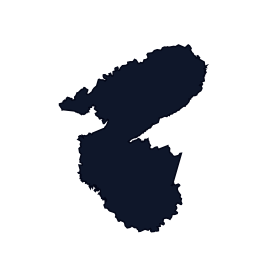 the district of Zapotillo, Loja, Ecuador, rotated 196°
{"feature_id": "8360857B34607676191169", "entity_name": "Zapotillo", "entity_type": "district", "adm_level": 2, "iso_a3": "ECU", "parent_name": "Ecuador", "parent_adm1": "Loja", "projection": "mercator", "projection_center": [-80.325, -4.234], "detail": "fine", "context": "isolated", "style": "filled", "palette": "ink", "viewbox_px": 256, "rotation_deg": 196, "n_neighbors": 0, "source": "geoboundaries", "source_scale": "gbopen_adm2", "svg_char_len": 5835}
<svg xmlns="http://www.w3.org/2000/svg" viewBox="0 0 256 256"><g transform="rotate(196 128 128)"><path d="M173.0,103.2L170.3,102.7L169.1,101.5L169.4,99.4L168.0,97.1L169.4,94.8L167.7,91.2L165.6,90.0L165.5,84.3L164.8,83.5L164.7,82.0L162.6,81.6L161.8,80.3L161.8,79.7L162.4,79.4L164.9,78.9L162.4,74.8L162.1,72.1L163.5,71.4L163.1,71.0L161.5,71.0L160.4,70.1L160.2,69.3L160.7,69.2L160.8,68.7L160.0,68.1L160.0,66.3L158.7,66.4L158.5,64.7L156.7,63.9L156.5,64.5L153.8,65.0L153.5,63.4L152.7,64.0L151.9,63.2L151.0,63.0L149.7,63.6L149.2,61.3L147.5,59.7L147.8,61.8L147.1,62.0L145.6,60.7L145.8,62.8L145.3,64.0L144.8,64.0L144.4,62.9L143.3,62.1L143.2,64.0L142.8,63.9L142.3,63.3L142.5,62.7L141.5,61.2L140.9,61.1L140.3,61.9L139.8,61.5L140.6,60.3L142.7,60.1L143.1,58.7L141.9,58.1L141.8,59.1L139.6,59.4L139.3,59.9L139.7,60.7L138.2,61.3L137.4,60.6L136.5,57.5L137.8,57.6L138.1,56.5L137.4,56.7L135.7,55.9L135.8,55.3L134.6,54.7L133.9,53.1L132.8,53.2L132.3,52.2L131.7,52.5L132.4,53.5L131.6,53.8L130.9,54.7L129.8,53.7L130.7,52.9L129.7,51.7L129.5,52.8L128.8,52.7L128.7,51.5L129.6,50.9L129.0,48.9L129.8,47.4L128.0,44.9L126.4,45.3L124.3,44.5L123.7,43.7L122.7,43.3L117.2,43.0L115.5,41.1L115.4,39.1L113.7,38.4L111.6,35.9L110.6,36.1L110.1,37.2L106.3,36.8L105.1,36.0L103.7,33.3L101.2,31.8L98.9,33.0L98.1,33.7L97.8,34.7L96.8,34.9L94.5,34.1L92.2,34.6L91.0,33.3L90.4,33.3L89.4,32.5L89.0,31.6L87.6,32.2L83.8,35.5L80.5,35.4L78.9,37.5L78.1,37.0L77.8,35.3L76.9,34.8L74.3,35.8L73.2,36.8L71.9,36.9L70.5,37.7L71.1,39.8L72.7,41.0L70.0,42.4L71.0,44.7L70.4,45.1L67.4,44.8L66.9,45.4L67.0,46.5L68.1,46.9L68.6,47.6L69.0,50.6L66.6,52.0L64.1,52.2L62.5,51.8L61.6,54.6L61.8,56.2L61.4,57.2L59.1,58.0L57.2,59.4L57.3,60.4L59.9,61.2L59.1,64.5L59.9,65.7L61.0,66.4L61.1,67.1L59.7,69.8L56.2,69.1L55.7,69.3L55.5,70.1L57.1,72.3L57.2,74.8L58.6,75.3L59.2,76.6L59.1,78.0L62.1,80.3L63.6,82.2L64.2,84.5L62.5,86.9L62.9,87.5L64.2,87.9L66.8,85.9L67.7,86.5L68.7,86.4L69.7,84.7L70.4,84.9L69.4,86.3L69.6,87.0L69.1,87.7L69.7,88.0L69.7,118.4L71.0,117.8L71.7,115.6L74.8,113.7L76.3,113.3L78.1,114.3L78.4,114.9L79.1,114.9L79.9,115.7L81.1,115.9L82.1,118.1L82.2,119.5L82.9,120.4L84.3,120.9L84.8,122.0L92.9,115.8L94.8,117.8L96.5,116.8L99.0,114.1L99.8,114.3L100.6,113.8L101.8,115.1L102.0,116.5L101.6,117.3L103.5,118.9L104.5,121.0L105.3,121.2L105.4,122.1L106.0,122.1L106.0,123.0L107.2,121.9L108.4,121.8L108.8,120.5L108.4,119.7L109.6,119.1L110.2,119.3L110.6,118.4L111.5,118.5L112.7,120.0L113.5,119.8L113.9,120.5L115.1,120.6L116.7,118.4L117.7,118.2L118.8,117.0L119.6,116.9L119.8,116.0L121.5,114.1L123.9,115.1L121.8,118.4L118.6,121.2L118.4,120.8L117.3,121.6L117.2,122.3L116.7,122.2L116.0,123.7L115.2,123.8L113.5,126.5L112.6,127.6L112.1,127.6L112.2,128.6L111.1,129.3L111.0,130.1L110.4,130.0L110.2,131.3L109.3,131.7L108.8,132.8L107.7,133.8L106.9,134.1L106.8,134.9L106.5,134.7L106.2,135.2L106.2,136.6L105.8,136.9L106.3,137.3L105.2,138.3L105.4,138.7L104.3,138.7L100.6,141.7L100.6,146.4L98.8,147.2L96.0,149.6L93.8,149.8L93.0,151.5L91.7,151.4L91.7,152.7L89.3,153.9L88.6,155.4L86.5,156.6L85.8,158.1L83.7,159.6L83.5,160.6L80.7,164.3L79.1,164.8L79.3,165.7L78.2,166.8L76.9,169.8L76.7,171.1L77.2,172.8L75.9,173.1L75.9,174.5L74.9,175.7L74.9,176.7L72.0,178.0L71.0,179.0L71.1,180.2L69.4,182.9L68.5,183.6L68.1,184.7L67.9,186.8L69.7,188.4L70.9,188.8L70.6,189.5L70.1,189.8L69.8,188.7L69.1,188.8L68.5,190.7L70.2,192.5L67.7,194.3L69.7,198.7L68.9,199.1L69.3,200.6L68.7,201.4L69.4,202.5L68.4,202.9L68.8,203.5L69.8,203.7L69.4,205.6L71.1,206.0L70.2,207.3L69.4,207.6L70.2,208.2L69.6,209.6L70.5,208.9L71.5,208.8L73.0,212.4L78.8,213.8L79.0,214.1L78.6,215.2L80.8,216.7L81.2,216.4L80.8,215.7L80.9,214.2L81.8,214.0L82.9,215.6L83.9,215.6L85.6,216.6L86.0,217.5L87.6,218.1L88.3,219.1L89.6,220.0L89.3,222.0L91.5,223.9L93.0,224.4L95.2,220.8L102.4,221.7L104.7,219.2L106.6,219.0L111.0,216.8L112.3,216.9L113.3,216.2L115.3,215.8L116.9,214.5L117.2,212.7L117.8,211.7L121.5,211.3L124.0,209.6L125.2,207.0L129.4,205.2L129.9,203.7L129.0,202.9L128.0,201.1L129.0,199.0L131.3,197.9L131.4,195.4L132.1,194.4L134.0,194.4L134.7,193.1L135.9,192.8L139.0,195.5L140.6,195.7L141.1,193.8L142.0,192.8L144.2,192.2L146.3,191.1L145.6,189.3L147.0,187.7L150.5,186.3L151.8,183.5L152.1,181.0L152.9,180.7L153.9,181.3L154.0,182.7L154.8,183.6L156.7,182.2L156.9,181.5L156.4,180.5L155.3,179.8L157.8,178.0L157.0,175.5L157.0,173.8L157.4,173.4L158.3,173.7L159.9,175.7L161.1,174.8L160.1,173.9L160.4,173.0L162.7,172.1L164.8,172.9L166.3,172.3L166.1,171.1L165.2,169.8L164.2,169.2L162.6,169.2L162.0,168.6L163.0,166.8L165.2,167.3L167.6,166.6L169.0,166.9L169.7,166.4L169.7,159.7L171.5,157.0L172.4,154.5L172.3,153.2L174.6,150.0L175.7,149.1L177.1,149.4L177.5,150.0L177.1,152.7L177.3,153.6L179.4,154.0L180.6,154.8L181.4,154.7L182.0,152.7L183.3,152.2L185.6,148.1L186.6,147.8L186.9,144.7L187.8,143.1L186.8,140.7L189.3,139.2L189.8,139.4L190.0,140.6L191.1,140.7L191.6,139.9L192.4,140.1L192.7,140.7L194.6,140.7L195.3,139.5L194.8,138.8L195.3,138.2L195.4,137.4L195.7,137.0L196.5,137.2L196.6,136.5L197.0,136.6L197.6,135.8L197.5,134.1L200.5,132.3L200.1,131.0L196.8,128.3L196.3,127.2L195.3,127.8L184.1,129.7L182.3,129.1L182.0,129.4L180.3,129.0L179.1,129.3L177.5,128.4L176.8,128.7L176.3,128.2L175.5,129.0L174.2,128.9L173.1,130.0L172.9,131.3L171.8,131.4L171.4,132.3L170.3,132.8L171.3,133.8L170.2,135.6L171.2,136.9L168.9,137.9L168.8,139.6L167.8,140.7L167.2,140.0L165.4,140.0L164.9,139.5L165.6,137.8L165.4,137.1L161.5,135.6L162.3,133.7L163.3,133.0L162.3,131.5L159.2,130.6L157.9,129.0L157.4,129.1L156.5,130.2L153.7,129.7L153.5,129.0L154.8,128.3L152.9,125.6L152.2,125.8L150.1,130.6L149.3,130.5L148.9,129.1L149.0,126.7L149.4,124.3L150.4,122.4L150.3,121.0L151.2,120.7L160.6,113.2L160.5,112.2L160.9,111.6L162.6,112.3L163.9,112.2L164.3,110.5L166.0,108.7L167.7,108.7L168.7,108.0L169.7,108.2L168.7,106.6L171.0,107.5L171.9,107.4L172.9,106.2L172.0,104.7L173.0,103.2Z" fill="#0f172a" stroke="#020617" stroke-width="1.5"/></g></svg>